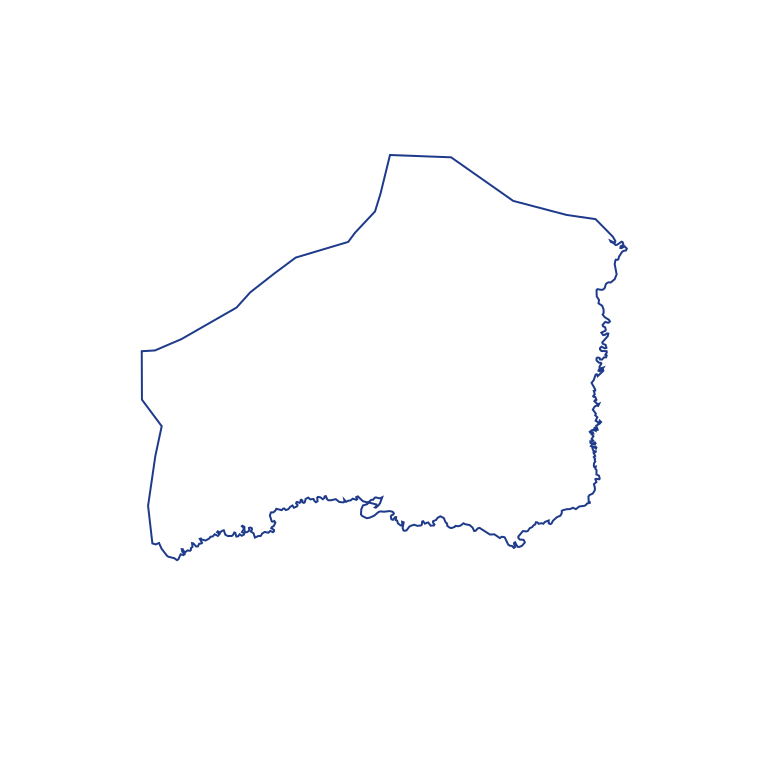 outline of Zaamar, Töv, Mongolia, rotated 245°
{"feature_id": "93677404B26609695466226", "entity_name": "Zaamar", "entity_type": "district", "adm_level": 2, "iso_a3": "MNG", "parent_name": "Mongolia", "parent_adm1": "Töv", "projection": "mercator", "projection_center": [104.498, 48.277], "detail": "fine", "context": "isolated", "style": "outline", "palette": "blue", "viewbox_px": 768, "rotation_deg": 245, "n_neighbors": 0, "source": "geoboundaries", "source_scale": "gbopen_adm2", "svg_char_len": 6166}
<svg xmlns="http://www.w3.org/2000/svg" viewBox="0 0 768 768"><g transform="rotate(245 384 384)"><path d="M354.5,611.5L355.6,613.1L358.7,614.5L362.7,614.8L366.4,612.5L369.3,614.4L373.4,613.8L379.3,616.3L379.7,617.6L377.5,620.7L377.0,622.6L377.8,624.7L380.8,627.4L381.2,628.7L381.3,630.3L380.2,632.4L381.5,637.4L385.1,641.2L395.1,643.7L398.2,645.9L398.7,646.7L397.9,647.9L398.0,649.1L400.0,650.7L403.1,655.5L403.4,657.1L402.8,659.9L404.1,661.3L407.0,660.3L406.8,656.6L407.4,655.7L408.7,656.6L409.1,659.9L411.8,660.2L412.6,659.4L411.7,654.4L412.0,652.7L414.9,651.5L416.9,649.6L418.2,649.6L414.9,652.3L414.8,653.3L415.7,654.1L420.7,653.7L444.0,645.4L460.0,621.0L495.3,578.5L561.1,540.6L589.0,486.2L558.0,461.3L544.2,448.8L533.4,421.8L527.9,411.6L535.9,357.4L530.5,331.2L523.6,301.5L515.6,282.7L510.3,219.5L511.2,190.6L516.1,178.3L472.1,158.0L439.7,164.7L415.2,146.2L373.3,118.7L337.4,106.7L335.1,109.3L335.0,112.9L328.7,112.8L320.2,114.7L318.6,115.5L314.8,120.3L311.9,121.9L312.0,123.5L315.6,127.7L313.7,129.9L314.1,131.5L317.2,130.3L319.8,130.9L319.3,131.8L317.6,131.6L315.6,132.9L316.2,135.6L314.8,137.7L315.3,139.0L316.8,139.6L317.3,141.6L320.9,142.8L320.2,143.8L316.1,145.1L315.5,146.7L317.3,148.9L316.7,151.0L316.9,152.0L321.5,151.6L321.3,152.8L320.2,153.0L317.5,156.2L317.9,160.6L318.9,162.1L318.2,164.4L319.4,167.0L316.5,169.3L317.6,171.7L320.2,170.1L320.7,171.1L318.7,172.6L319.4,175.5L319.1,177.0L314.5,176.5L312.2,178.2L310.6,181.8L311.0,183.4L312.7,185.6L312.0,186.3L308.2,185.7L307.6,187.3L308.8,189.7L306.6,190.9L306.7,193.4L307.7,194.2L309.9,192.7L311.5,195.4L313.4,195.9L315.2,195.1L315.4,195.7L313.6,197.1L310.4,195.7L308.1,195.8L307.6,197.3L308.1,200.0L310.6,200.8L310.4,202.2L309.5,203.1L308.3,203.1L306.4,201.1L303.8,202.7L299.4,202.1L299.3,205.9L298.4,208.1L300.0,210.5L300.3,213.4L298.1,216.3L298.9,218.8L296.6,220.8L297.1,222.1L298.3,222.6L301.0,220.9L301.7,221.9L301.8,224.0L304.3,227.0L306.2,226.7L306.2,225.0L306.9,224.2L313.1,225.0L315.4,227.3L314.4,229.4L315.2,232.1L316.4,233.6L312.9,238.0L313.7,240.0L313.3,241.0L311.2,241.8L311.0,244.4L312.3,247.1L312.6,249.7L309.9,250.1L309.9,253.5L310.8,254.5L312.9,253.9L313.8,254.6L313.9,255.4L311.9,257.3L312.3,258.4L314.1,259.4L314.1,260.1L313.0,260.8L311.2,260.2L310.1,261.1L310.3,262.2L312.9,264.4L313.1,267.3L310.6,268.4L309.6,271.5L307.0,271.6L305.6,272.4L305.8,274.2L309.2,275.4L309.6,276.4L308.1,278.5L305.5,279.8L305.8,281.7L307.2,282.6L307.0,283.9L303.4,283.8L302.1,284.5L301.1,286.6L300.0,291.6L295.9,293.7L293.9,297.1L293.9,298.6L296.0,299.1L293.3,299.9L293.3,302.5L292.6,304.5L293.3,307.2L290.7,310.0L290.9,311.0L293.2,311.0L293.2,312.8L286.8,315.3L284.0,318.5L283.5,320.4L284.4,323.5L283.7,325.3L284.8,327.4L284.7,328.6L282.1,331.9L282.1,334.5L277.7,330.1L276.4,327.8L275.4,324.3L276.0,323.7L276.3,325.1L278.0,326.2L282.5,320.8L282.8,319.3L282.2,317.9L282.8,313.6L280.1,310.5L275.5,308.0L273.5,308.5L269.6,311.7L268.9,314.7L268.8,319.4L270.3,325.0L270.1,326.8L268.2,330.1L266.5,335.3L264.6,337.8L262.6,338.3L261.7,337.1L261.9,335.5L261.3,334.3L258.3,333.5L257.1,334.7L258.6,337.8L258.2,338.7L255.6,337.1L254.6,338.2L251.9,337.7L248.8,339.3L248.4,339.9L248.7,341.0L251.5,342.2L250.3,343.4L245.6,340.0L243.0,339.8L242.3,340.6L241.8,342.5L244.1,346.9L244.1,349.3L243.6,352.0L241.4,354.2L240.2,357.6L240.6,358.9L243.2,360.5L243.1,361.5L240.2,362.0L239.9,365.5L235.9,366.4L234.7,369.5L235.3,370.3L237.7,369.9L238.9,370.5L238.8,373.9L240.0,375.7L240.3,379.1L237.4,381.5L232.3,381.4L230.9,382.2L228.7,381.4L225.9,382.9L224.9,384.4L224.6,387.6L225.2,388.8L223.8,391.0L223.3,393.6L224.2,397.1L222.3,398.7L220.0,402.0L216.4,403.6L212.6,403.6L212.3,405.1L213.5,408.0L213.2,409.8L202.8,416.4L201.1,420.5L195.4,423.9L195.8,426.1L194.6,428.0L193.9,428.6L185.9,428.7L184.2,429.8L183.1,431.6L180.6,432.4L180.8,433.8L184.8,434.5L185.2,435.9L180.1,436.2L179.2,437.7L179.0,440.5L180.8,444.6L182.9,444.8L183.8,444.5L185.7,441.3L187.7,440.7L189.0,441.3L192.0,447.8L190.2,450.7L190.0,452.2L191.7,455.1L191.7,457.8L192.9,460.3L192.8,461.7L194.5,463.2L193.7,464.6L192.0,465.0L191.2,468.1L190.0,469.3L191.0,471.7L190.7,475.6L188.1,474.4L186.7,475.7L186.8,476.9L188.7,479.4L190.2,484.3L190.1,488.2L191.8,490.5L193.9,491.5L194.0,492.9L193.3,496.7L192.0,499.7L192.0,502.9L189.5,505.0L190.5,509.2L188.9,514.1L189.1,516.2L189.9,517.4L189.3,520.3L190.1,520.6L190.8,519.8L195.6,521.7L196.5,523.4L196.5,526.9L198.5,530.0L200.4,531.2L204.5,531.9L205.4,535.1L208.4,535.3L208.5,536.1L206.7,538.7L207.0,539.5L210.0,540.1L212.3,538.3L216.1,540.2L217.9,539.7L219.7,541.1L220.0,539.5L221.2,539.6L223.5,540.9L224.4,542.7L226.1,542.8L226.9,543.7L229.1,543.3L229.5,545.0L232.9,544.8L232.9,547.0L233.4,547.5L234.8,545.5L238.1,545.8L238.5,546.4L237.9,547.8L235.9,548.7L236.5,549.6L237.9,549.3L239.1,546.4L240.3,545.3L241.6,547.8L240.3,549.6L240.7,550.6L242.0,550.4L241.8,547.5L243.5,546.2L244.9,546.8L244.0,548.9L244.3,549.7L246.4,548.9L248.2,551.8L250.9,550.9L251.2,551.3L250.7,552.8L252.1,552.8L252.8,550.4L253.7,550.3L254.3,553.1L254.0,554.4L252.4,555.8L255.1,556.0L255.3,556.7L254.7,557.6L252.3,557.6L252.2,558.3L256.5,558.7L257.0,562.9L257.8,564.7L259.5,564.0L257.6,562.6L257.4,561.6L259.3,561.6L261.3,560.3L263.7,563.3L266.4,562.2L267.6,563.5L272.5,562.4L274.5,565.3L274.7,567.6L273.6,568.8L275.2,570.7L275.2,569.2L279.5,567.4L280.1,568.1L279.6,569.5L280.0,569.9L282.9,570.0L283.8,568.6L284.6,568.4L285.6,570.7L289.1,571.2L288.8,572.7L289.8,573.1L297.3,572.6L298.9,575.7L302.9,579.6L303.1,580.5L302.5,581.2L300.8,581.0L303.3,588.4L304.5,588.6L304.9,587.7L304.4,584.8L305.4,584.0L306.1,584.8L305.4,588.5L306.2,589.8L306.6,586.9L307.2,586.1L308.6,586.6L310.6,589.6L311.4,589.6L312.6,587.7L315.5,586.6L317.4,587.4L317.8,588.5L317.2,589.6L316.5,590.4L315.0,590.1L314.0,591.9L315.2,594.7L314.3,596.6L315.8,597.9L316.9,596.9L318.5,599.3L319.7,599.6L322.0,595.0L324.1,594.4L325.2,594.9L325.9,596.9L322.9,599.3L322.8,600.9L325.7,601.4L328.0,599.3L329.5,599.4L332.8,607.0L334.9,608.6L335.6,607.5L335.2,605.2L335.7,603.3L338.7,602.7L338.7,607.1L339.5,607.9L341.9,608.4L343.8,606.9L345.2,607.1L346.8,610.8L344.9,612.8L344.7,613.9L345.2,615.2L347.1,615.0L351.2,612.3L354.5,611.5Z" fill="none" stroke="#1e3a8a" stroke-width="2"/></g></svg>